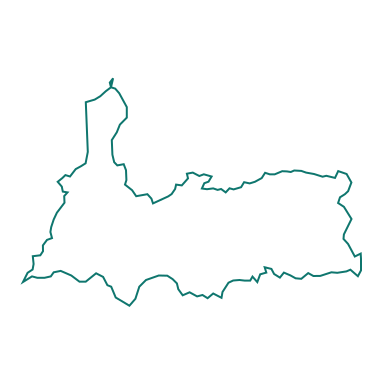 outline of Itapuca, Rio Grande do Sul, Brazil
{"feature_id": "56859067B54250017496252", "entity_name": "Itapuca", "entity_type": "district", "adm_level": 2, "iso_a3": "BRA", "parent_name": "Brazil", "parent_adm1": "Rio Grande do Sul", "projection": "natural_earth1", "projection_center": [-52.198, -28.755], "detail": "fine", "context": "isolated", "style": "outline", "palette": "teal", "viewbox_px": 384, "rotation_deg": 0, "n_neighbors": 0, "source": "geoboundaries", "source_scale": "gbopen_adm2", "svg_char_len": 2083}
<svg xmlns="http://www.w3.org/2000/svg" viewBox="0 0 384 384"><path d="M357.9,276.2L361.0,270.4L361.0,258.9L360.7,253.6L354.8,256.5L348.1,244.0L343.5,238.9L343.9,234.4L351.5,219.0L343.9,206.8L338.1,203.0L340.0,197.3L344.9,194.2L348.1,191.2L351.4,182.5L346.6,174.0L338.2,171.1L335.0,177.9L326.3,175.8L322.6,176.7L314.0,174.0L306.1,172.6L301.3,170.9L294.2,170.5L290.8,172.0L286.9,171.4L282.2,171.2L274.8,174.3L269.7,174.3L265.1,172.8L261.7,178.1L254.9,181.8L249.7,183.4L244.1,182.2L241.1,187.2L233.6,189.4L229.5,188.3L225.7,192.4L221.1,189.0L217.6,189.9L213.2,188.4L207.0,189.2L201.9,188.5L204.3,183.2L208.5,181.7L211.6,176.5L203.8,174.3L199.3,176.0L192.8,172.6L186.9,173.7L188.0,178.4L181.8,185.4L176.1,184.6L175.1,189.0L171.6,194.1L168.2,196.4L153.0,203.4L151.4,198.6L147.4,194.2L136.2,196.2L132.1,190.2L125.0,184.6L126.4,180.1L126.0,170.2L123.7,164.2L117.3,165.4L114.2,162.2L112.4,154.7L111.8,140.1L116.8,132.3L119.9,124.6L126.8,117.6L126.8,107.1L119.2,93.2L115.2,88.6L111.0,87.3L105.8,91.2L100.3,96.2L94.7,99.6L85.8,102.2L87.8,151.9L85.6,163.3L81.0,166.2L75.7,169.1L70.0,176.5L65.4,175.1L62.3,178.1L57.7,181.8L61.8,186.6L62.8,191.6L67.5,192.4L64.2,196.1L64.5,202.7L56.9,212.7L53.7,219.5L51.2,227.1L50.4,232.0L52.0,238.1L47.0,239.9L42.9,245.4L43.0,251.2L40.3,255.3L32.8,256.2L33.6,264.0L32.6,269.5L27.6,272.8L23.0,282.0L32.0,276.4L37.3,277.8L44.5,277.8L50.8,276.4L53.7,272.3L60.7,270.9L71.3,275.5L79.5,281.7L85.7,281.7L96.1,273.3L103.1,276.9L107.4,285.2L111.2,286.7L115.7,297.5L129.4,305.7L135.4,298.8L139.3,286.7L146.0,280.0L158.8,275.5L167.3,275.7L172.6,279.1L176.9,283.4L178.3,289.2L182.7,295.3L189.6,292.3L197.1,296.4L202.5,295.0L207.6,298.2L213.2,293.5L221.5,297.8L222.5,292.0L228.5,282.7L233.2,280.5L239.5,280.0L244.7,280.6L250.2,280.6L252.5,276.6L257.3,282.1L260.2,274.3L266.3,272.6L264.7,267.3L271.4,268.9L274.1,274.0L279.9,277.6L283.9,272.6L290.4,275.4L295.6,278.3L301.3,278.8L308.2,273.1L313.4,276.0L320.3,275.9L331.4,272.3L337.3,272.8L346.4,271.4L350.4,269.7L357.9,276.2ZM111.0,87.3L113.1,78.3L109.8,82.6L111.0,87.3Z" fill="none" stroke="#0f766e" stroke-width="2"/></svg>